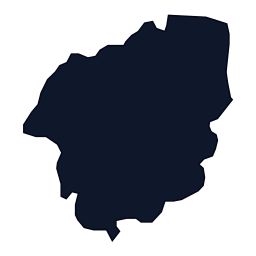 Gochang-gun, North Jeolla, South Korea
{"feature_id": "91817680B73468302874709", "entity_name": "Gochang-gun", "entity_type": "district", "adm_level": 2, "iso_a3": "KOR", "parent_name": "South Korea", "parent_adm1": "North Jeolla", "projection": "equal_earth", "projection_center": [126.618, 35.434], "detail": "fine", "context": "isolated", "style": "filled", "palette": "ink", "viewbox_px": 256, "rotation_deg": 0, "n_neighbors": 0, "source": "geoboundaries", "source_scale": "gbopen_adm2", "svg_char_len": 1042}
<svg xmlns="http://www.w3.org/2000/svg" viewBox="0 0 256 256"><path d="M205.9,17.3L168.5,15.4L167.0,25.4L164.9,31.6L156.2,28.5L152.6,21.6L144.7,23.1L138.3,31.6L131.8,35.5L126.0,41.7L123.9,45.6L112.4,45.6L108.0,45.6L100.1,50.2L95.8,56.4L87.9,58.0L78.5,54.1L71.4,54.1L67.0,62.6L59.8,65.7L55.5,72.0L47.6,79.7L41.1,92.9L38.2,104.5L31.7,112.3L23.8,124.7L23.8,132.5L36.0,136.4L46.1,136.4L57.6,144.2L61.9,152.7L57.6,162.8L56.9,168.3L61.2,183.8L61.2,196.3L66.2,198.6L72.0,191.6L78.5,193.2L75.6,204.8L75.6,214.9L77.8,219.6L84.2,227.4L93.6,229.7L106.6,229.7L112.3,240.6L119.5,231.3L115.9,226.6L115.9,220.4L126.7,218.1L136.1,218.1L141.1,221.9L151.2,221.9L151.9,221.9L161.3,211.8L164.9,200.9L173.5,200.9L181.5,199.4L198.0,190.8L203.1,185.4L204.5,177.6L203.1,168.3L198.7,164.4L203.8,158.9L212.4,155.8L215.3,148.8L217.4,140.3L216.0,134.8L211.0,131.7L208.8,126.3L209.5,121.6L217.4,118.5L232.2,99.7L230.4,97.6L227.5,82.8L226.0,72.0L226.7,65.0L228.9,44.0L228.9,34.0L226.7,23.9L219.5,21.6L205.9,17.3Z" fill="#0f172a" stroke="#020617" stroke-width="1.5"/></svg>